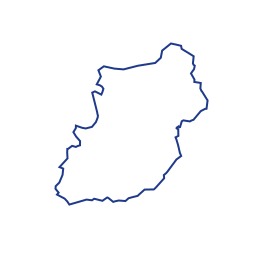 outline of Kajola, Oyo, Nigeria, rotated 44°
{"feature_id": "59680162B64506251287847", "entity_name": "Kajola", "entity_type": "district", "adm_level": 2, "iso_a3": "NGA", "parent_name": "Nigeria", "parent_adm1": "Oyo", "projection": "albers", "projection_center": [3.358, 8.018], "detail": "fine", "context": "isolated", "style": "outline", "palette": "blue", "viewbox_px": 256, "rotation_deg": 44, "n_neighbors": 0, "source": "geoboundaries", "source_scale": "gbopen_adm2", "svg_char_len": 1534}
<svg xmlns="http://www.w3.org/2000/svg" viewBox="0 0 256 256"><g transform="rotate(44 128 128)"><path d="M131.5,222.8L135.2,223.0L139.0,223.8L147.9,208.3L152.3,205.0L152.8,202.4L160.2,198.1L161.0,193.9L161.3,192.5L161.6,192.2L162.3,192.0L168.7,191.4L169.5,189.9L171.7,186.6L176.9,182.3L177.2,178.1L179.7,173.9L182.1,170.1L182.2,167.8L182.7,160.8L189.1,154.4L189.3,154.1L189.4,151.4L188.9,139.0L187.6,137.9L186.5,137.0L186.8,133.8L186.7,132.1L184.7,117.0L185.7,111.2L182.3,109.7L182.2,109.6L175.9,105.5L171.1,102.8L168.7,101.7L169.7,98.7L165.0,94.0L163.2,94.5L162.8,93.9L163.2,92.2L163.2,91.8L164.4,91.8L164.8,91.2L162.0,85.8L162.5,84.1L167.9,80.3L168.3,79.1L168.3,78.9L169.4,76.5L168.6,65.3L170.2,60.6L171.1,59.6L166.1,52.9L155.8,50.3L155.3,50.4L152.6,49.3L149.1,45.1L148.3,45.6L143.7,48.8L142.2,47.0L135.4,45.0L134.6,39.7L132.7,36.8L131.4,37.0L129.9,36.5L125.4,30.8L122.9,31.3L111.6,33.8L109.1,32.0L104.8,34.5L100.2,37.4L98.8,48.6L102.8,54.7L102.4,62.3L91.9,76.3L84.1,88.9L77.0,94.7L67.8,100.4L66.6,107.0L72.8,109.9L75.2,118.3L78.1,116.8L80.5,116.3L83.1,116.9L84.6,119.9L85.6,122.5L78.8,124.6L78.3,125.8L77.7,127.4L94.9,138.1L96.5,139.3L97.7,139.9L98.9,141.5L99.8,143.6L100.8,146.0L101.3,152.2L97.9,157.7L94.9,159.7L88.9,162.5L90.6,164.4L91.6,168.9L96.6,170.2L102.6,170.7L105.5,173.8L104.3,175.9L103.7,177.8L100.2,179.7L99.4,184.7L98.9,185.2L101.4,188.0L105.6,191.9L105.9,203.7L109.6,202.2L113.5,207.2L116.5,215.0L116.4,220.1L118.1,222.1L123.0,222.7L123.2,225.2L131.5,222.8Z" fill="none" stroke="#1e3a8a" stroke-width="2"/></g></svg>